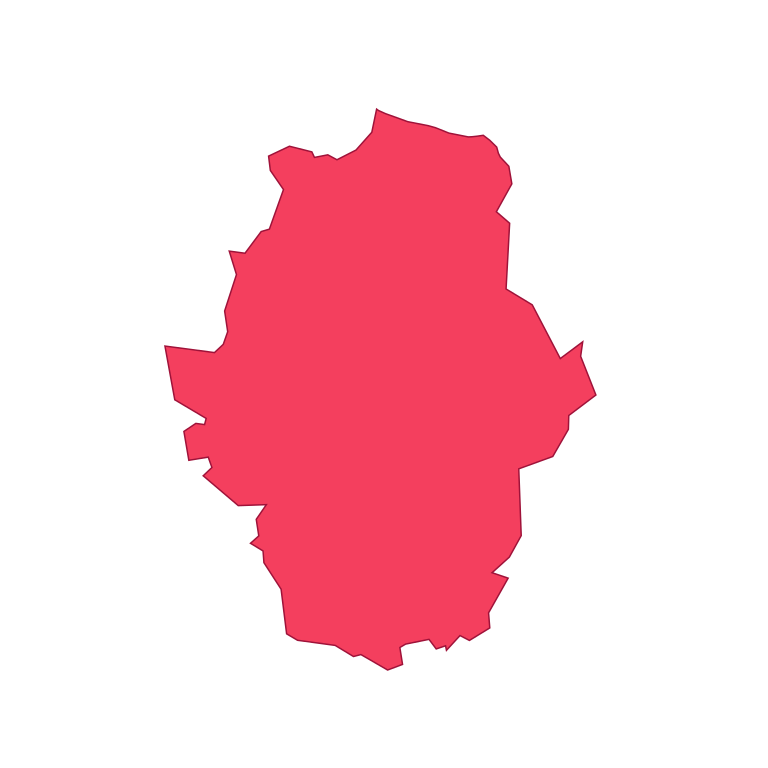 outline of Rankovtse, Rankovce, North Macedonia, rotated 31°
{"feature_id": "65306769B9482621128818", "entity_name": "Rankovtse", "entity_type": "district", "adm_level": 2, "iso_a3": "MKD", "parent_name": "North Macedonia", "parent_adm1": "Rankovce", "projection": "robinson", "projection_center": [22.13, 42.211], "detail": "fine", "context": "isolated", "style": "filled", "palette": "rose", "viewbox_px": 768, "rotation_deg": 31, "n_neighbors": 0, "source": "geoboundaries", "source_scale": "gbopen_adm2", "svg_char_len": 1226}
<svg xmlns="http://www.w3.org/2000/svg" viewBox="0 0 768 768"><g transform="rotate(31 384 384)"><path d="M574.7,580.1L578.7,560.5L589.3,559.8L600.3,538.6L591.5,526.3L590.4,486.5L573.8,490.1L580.6,467.8L579.7,443.3L543.2,387.3L566.0,359.2L565.4,327.9L558.6,315.8L571.3,284.3L538.3,259.0L532.6,245.5L522.0,271.4L470.3,239.8L439.7,239.7L408.9,181.5L391.6,178.5L390.5,146.6L378.9,133.1L366.8,129.6L363.2,127.3L358.6,122.9L349.0,120.6L341.0,119.7L336.1,123.7L332.0,126.8L329.0,128.8L310.4,135.5L296.1,137.8L288.8,139.8L269.3,146.9L246.0,151.5L238.4,152.4L236.1,152.2L243.9,174.5L239.5,197.9L228.2,216.0L217.8,216.5L207.7,225.6L202.6,222.2L180.5,228.9L167.7,248.1L176.6,259.5L197.7,269.1L206.0,310.3L200.2,316.6L197.5,343.5L182.9,349.8L201.2,366.2L209.8,403.5L223.1,419.7L225.8,432.8L222.5,444.4L176.7,464.3L212.8,505.3L249.3,505.1L251.1,511.2L243.0,514.7L236.9,527.7L256.0,549.9L271.0,537.2L279.5,544.2L276.3,555.8L321.7,563.3L345.3,548.0L344.2,565.8L354.9,578.7L351.6,589.3L366.3,589.4L373.1,599.0L401.5,612.9L429.2,648.3L441.9,648.2L476.8,633.2L498.2,633.3L503.6,627.8L534.4,627.3L544.3,614.8L533.3,601.7L536.5,595.8L554.1,579.7L565.2,584.2L571.6,576.7L574.7,580.1Z" fill="#f43f5e" stroke="#9f1239" stroke-width="1.5"/></g></svg>